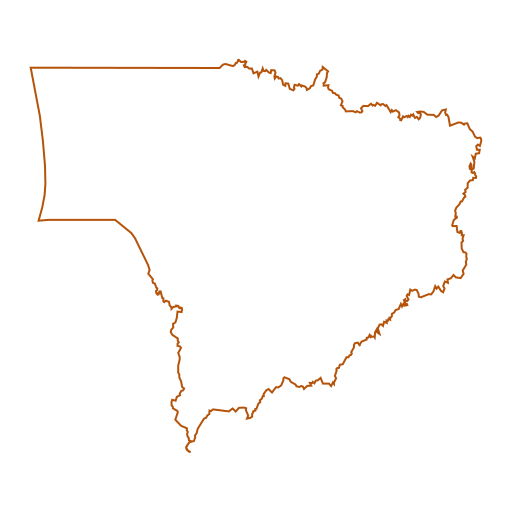 Karongi, Western, Rwanda
{"feature_id": "39286606B2179123121438", "entity_name": "Karongi", "entity_type": "district", "adm_level": 2, "iso_a3": "RWA", "parent_name": "Rwanda", "parent_adm1": "Western", "projection": "equal_earth", "projection_center": [29.451, -2.174], "detail": "fine", "context": "isolated", "style": "outline", "palette": "amber", "viewbox_px": 512, "rotation_deg": 0, "n_neighbors": 0, "source": "geoboundaries", "source_scale": "gbopen_adm2", "svg_char_len": 6032}
<svg xmlns="http://www.w3.org/2000/svg" viewBox="0 0 512 512"><path d="M420.8,297.3L428.6,294.2L431.2,294.4L433.5,291.3L435.2,286.2L436.6,288.6L438.3,286.6L441.0,290.9L443.1,292.3L444.5,288.6L443.2,285.9L444.9,281.5L447.9,282.8L447.5,279.4L450.8,278.3L453.5,275.0L455.9,277.4L460.6,278.1L463.6,273.9L462.7,270.5L466.3,264.6L465.8,261.9L466.9,258.9L466.3,257.6L466.4,253.6L465.4,252.4L463.5,252.2L461.7,248.6L461.5,242.5L463.1,240.9L462.5,238.8L463.6,235.2L461.8,235.3L461.9,232.8L461.2,231.0L460.4,231.1L459.8,232.9L457.4,232.0L456.6,226.0L452.6,226.1L452.2,225.4L453.7,220.1L457.0,217.5L456.6,216.5L455.4,216.9L455.3,216.0L455.8,213.2L455.1,210.7L456.3,207.7L459.5,204.2L460.7,201.5L462.0,201.4L464.0,197.6L465.4,196.7L464.8,194.8L463.4,193.7L465.6,191.9L465.1,189.9L467.6,187.7L467.7,183.2L470.0,180.5L472.9,180.1L473.2,177.8L475.9,178.0L476.2,176.4L475.2,175.0L475.1,173.4L474.2,172.1L473.1,173.0L471.6,172.4L471.8,170.2L469.8,168.8L469.5,166.0L470.7,163.6L471.4,164.7L471.6,168.6L472.3,169.2L473.7,168.5L474.4,161.8L472.6,156.6L474.8,158.4L475.8,153.7L479.1,153.2L479.7,149.7L477.0,149.8L476.2,146.2L477.9,144.6L479.9,145.9L481.3,140.8L481.0,138.7L480.2,137.6L477.1,138.1L475.0,136.6L472.6,131.6L469.8,129.1L467.3,123.3L464.3,123.7L463.9,124.6L461.3,122.7L458.3,122.5L450.0,125.7L448.5,117.1L447.2,114.7L446.1,115.0L445.2,112.8L445.8,109.5L442.0,110.4L438.7,115.5L436.3,117.0L433.6,114.9L427.4,114.7L423.7,111.9L420.4,111.5L417.2,112.0L418.2,113.1L420.1,113.1L420.9,114.5L420.1,117.8L418.7,119.3L416.9,116.9L414.9,117.9L413.2,114.4L412.4,115.6L411.0,114.7L409.8,117.0L408.5,115.8L407.7,117.1L406.6,116.0L404.1,117.3L403.0,116.4L401.2,120.3L400.3,120.1L400.3,119.0L398.3,117.1L399.5,115.4L399.1,112.5L395.9,110.2L392.8,111.6L391.8,110.1L390.7,112.1L386.5,105.1L385.4,106.0L383.2,104.1L381.7,104.1L380.5,105.3L377.0,102.8L375.1,105.8L373.3,104.9L372.6,105.5L371.0,103.7L368.0,106.1L363.4,105.9L361.0,108.3L362.4,111.0L361.6,112.3L359.9,112.6L356.9,111.2L355.6,112.3L352.9,111.1L345.8,111.4L345.2,109.7L342.7,107.3L342.7,106.0L340.9,105.3L342.5,101.4L341.1,98.5L339.3,97.9L338.6,95.5L336.2,94.7L334.8,93.1L332.9,92.9L332.1,90.8L328.7,89.3L328.1,87.7L328.4,85.2L323.7,85.7L323.5,83.2L325.0,82.4L326.7,77.3L327.0,73.0L328.1,71.4L322.7,67.0L322.5,69.6L320.1,70.8L318.8,73.6L316.9,74.4L316.9,76.5L315.1,79.5L313.3,85.4L311.0,86.1L309.8,88.3L306.9,89.9L306.4,87.8L305.0,86.5L301.5,85.4L301.2,86.3L299.1,84.1L297.8,85.7L294.6,84.8L293.9,87.4L294.5,88.7L293.4,90.3L289.8,88.9L288.3,83.6L285.5,83.3L285.3,85.8L283.1,84.7L282.2,80.3L280.6,78.2L278.6,78.5L278.0,77.0L276.3,76.5L274.8,78.5L274.4,76.3L275.5,72.6L274.6,70.4L271.3,70.1L270.7,73.0L269.0,72.6L266.2,69.9L265.2,71.2L263.6,70.9L262.7,68.4L261.4,72.3L260.1,72.6L258.5,76.5L257.4,71.7L253.5,73.3L251.9,68.5L249.4,68.7L247.3,66.9L244.7,67.1L243.9,65.3L245.2,65.0L245.4,62.6L246.1,62.5L246.3,61.7L245.0,60.9L243.9,61.8L241.0,62.0L238.7,59.8L237.9,60.2L238.0,61.2L236.7,63.0L235.8,63.0L234.9,64.8L233.0,66.1L225.5,64.0L223.0,64.6L219.6,68.0L30.7,67.7L39.8,115.6L42.9,140.8L45.0,165.7L45.4,184.0L44.6,195.1L42.2,207.6L38.6,220.7L47.9,219.9L115.2,219.9L131.4,233.1L135.0,238.2L148.1,265.1L149.6,270.0L148.3,273.7L152.9,279.3L152.4,280.4L152.9,282.8L154.9,283.6L156.2,287.5L157.3,288.4L157.1,290.0L156.0,291.0L156.2,292.9L157.6,294.7L158.5,294.4L158.3,293.2L159.7,293.1L159.4,291.5L160.6,291.4L162.3,298.0L163.4,298.4L163.3,301.3L164.3,302.1L165.9,300.7L169.0,301.9L169.7,305.5L171.3,307.1L171.5,308.9L173.2,307.0L176.2,306.4L176.2,305.6L178.3,305.9L178.7,307.4L179.8,307.5L179.8,309.0L180.4,307.6L181.7,307.8L182.1,309.4L181.6,312.0L177.5,311.6L176.8,317.9L175.4,322.4L173.0,323.9L173.3,327.4L171.3,329.7L170.7,331.9L172.3,334.8L177.8,338.5L177.7,340.6L178.8,342.4L177.6,343.6L177.5,345.8L180.2,346.6L181.0,347.9L178.2,352.9L179.6,356.6L179.7,359.5L178.2,365.6L178.2,372.7L179.2,374.2L179.4,377.7L181.1,381.3L182.1,386.9L184.1,388.5L183.2,390.3L181.2,391.0L179.7,393.8L180.0,395.2L176.8,396.9L175.6,400.7L172.2,399.8L171.5,402.2L171.6,405.4L172.8,406.8L172.9,408.3L177.4,411.0L177.8,412.3L175.3,419.7L181.1,425.8L186.9,428.3L186.8,430.2L187.8,432.0L187.1,433.8L187.6,436.6L188.6,437.6L188.9,440.2L191.1,441.2L189.0,442.6L186.2,446.9L186.2,448.2L186.7,449.4L187.6,450.5L189.2,451.7L190.6,452.2L187.5,450.2L186.3,447.7L186.7,446.4L189.2,442.4L194.0,440.9L195.2,437.4L194.9,435.7L196.8,432.9L197.6,429.0L204.0,418.6L206.1,417.8L207.2,415.6L209.3,414.1L209.5,410.6L210.9,411.1L213.0,409.4L228.8,411.4L232.6,408.5L235.7,411.5L239.0,407.8L244.2,407.6L246.2,408.3L245.9,410.2L248.2,415.6L247.0,418.6L250.4,417.8L252.2,416.6L252.1,414.0L253.2,412.5L253.2,411.3L255.4,410.6L255.2,409.1L256.5,408.7L258.4,403.6L260.3,402.1L259.8,400.3L261.9,398.6L262.7,396.2L263.8,396.1L263.6,394.1L266.4,390.2L268.6,389.1L272.0,392.5L276.0,387.2L278.4,387.4L281.2,385.4L283.3,380.5L283.4,378.4L284.4,377.3L289.4,379.2L290.7,381.8L295.5,384.5L296.5,386.3L299.5,387.0L301.3,386.0L302.8,386.5L304.0,389.0L307.2,385.9L311.2,385.7L309.9,382.9L312.0,383.1L312.8,381.9L314.4,383.3L315.7,380.6L317.7,380.4L320.6,377.9L322.9,383.6L329.0,383.6L331.1,386.1L332.9,382.5L334.0,384.0L334.1,382.2L336.1,378.3L334.9,375.9L336.7,370.5L336.3,369.2L337.2,368.1L338.9,367.9L339.8,364.8L342.8,364.2L346.5,357.2L348.4,357.3L349.5,355.4L350.9,355.0L351.8,353.6L351.2,352.2L353.9,347.5L353.9,345.2L354.8,343.3L357.8,342.6L360.0,346.0L359.6,344.7L361.6,341.6L366.7,339.5L366.7,337.8L368.4,337.5L369.6,335.0L370.5,336.8L371.0,336.0L371.5,336.8L374.0,336.5L374.7,337.5L375.1,332.3L376.6,329.6L377.1,332.2L379.5,333.9L377.8,328.4L379.6,324.6L381.6,324.4L383.0,325.9L384.1,321.8L386.8,322.9L386.5,320.5L387.8,320.9L388.5,318.9L390.1,319.7L389.8,317.7L390.5,317.9L391.9,316.1L391.9,313.9L394.2,312.5L395.6,310.0L398.6,309.1L400.9,303.9L402.0,306.5L403.3,304.0L404.3,305.7L407.3,305.1L407.0,304.1L405.5,304.0L403.9,300.1L405.3,299.2L405.6,301.1L407.0,301.2L408.5,299.6L406.7,295.8L407.6,294.3L409.1,295.0L410.3,289.6L412.2,290.8L414.9,289.6L416.8,290.1L418.6,294.0L418.8,296.6L420.8,297.3Z" fill="none" stroke="#b45309" stroke-width="2"/></svg>